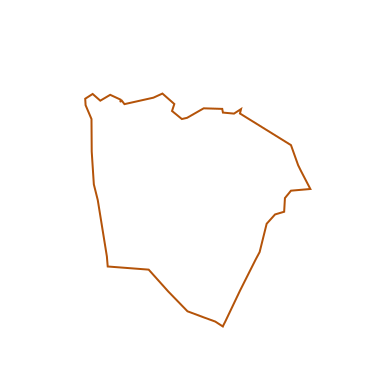 outline of Edgecombe, North Carolina, United States of America, rotated 332°
{"feature_id": "52423323B70191096340294", "entity_name": "Edgecombe", "entity_type": "district", "adm_level": 2, "iso_a3": "USA", "parent_name": "United States of America", "parent_adm1": "North Carolina", "projection": "albers", "projection_center": [-77.591, 35.915], "detail": "fine", "context": "isolated", "style": "outline", "palette": "amber", "viewbox_px": 384, "rotation_deg": 332, "n_neighbors": 0, "source": "geoboundaries", "source_scale": "gbopen_adm2", "svg_char_len": 850}
<svg xmlns="http://www.w3.org/2000/svg" viewBox="0 0 384 384"><g transform="rotate(332 192 192)"><path d="M156.1,325.2L157.8,323.9L160.3,322.2L188.4,301.4L216.5,281.5L223.5,276.8L243.0,255.1L254.8,250.8L264.1,252.7L271.2,241.0L280.0,237.3L297.9,244.9L298.1,224.4L298.3,218.1L301.4,197.1L271.2,145.2L274.2,141.8L265.9,142.5L256.6,136.4L257.7,132.8L241.6,123.6L222.5,124.2L217.3,122.8L212.4,111.1L217.7,106.0L212.1,91.2L202.2,90.6L173.6,82.7L172.9,78.2L172.7,78.0L172.5,78.3L172.4,78.4L171.9,78.5L171.5,78.6L171.4,78.5L171.4,78.3L171.4,78.2L171.9,77.7L172.2,77.6L172.2,77.4L172.3,76.9L165.4,67.8L153.9,68.3L150.3,58.8L141.5,59.5L138.8,65.4L137.5,80.4L122.4,109.3L108.9,139.2L105.0,154.9L86.6,208.9L82.6,218.2L117.3,240.2L124.3,268.6L129.8,287.6L132.0,295.2L143.5,308.2L151.7,317.3L156.1,325.2Z" fill="none" stroke="#b45309" stroke-width="2"/></g></svg>